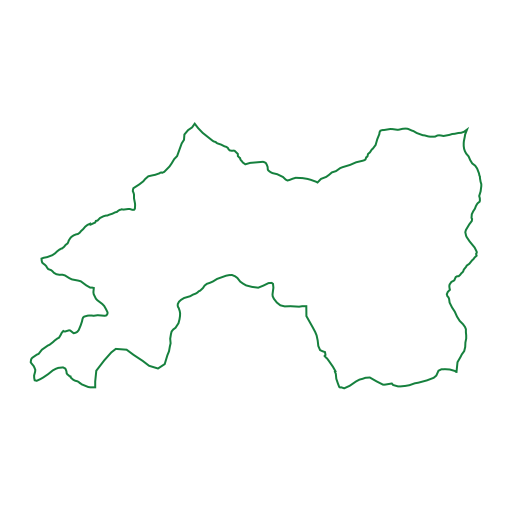 outline of Makambako Township Authority, Njombe, United Republic of Tanzania
{"feature_id": "72390352B34261430797900", "entity_name": "Makambako Township Authority", "entity_type": "district", "adm_level": 2, "iso_a3": "TZA", "parent_name": "United Republic of Tanzania", "parent_adm1": "Njombe", "projection": "mercator", "projection_center": [34.908, -8.902], "detail": "fine", "context": "isolated", "style": "outline", "palette": "green", "viewbox_px": 512, "rotation_deg": 0, "n_neighbors": 0, "source": "geoboundaries", "source_scale": "gbopen_adm2", "svg_char_len": 5985}
<svg xmlns="http://www.w3.org/2000/svg" viewBox="0 0 512 512"><path d="M194.7,123.7L192.1,127.4L188.1,130.1L184.4,134.5L184.0,139.8L181.7,143.4L177.1,156.1L174.2,159.1L171.7,163.3L169.5,166.5L164.2,171.9L162.1,172.8L160.5,172.2L160.7,172.4L159.5,173.3L155.2,174.8L152.2,175.4L148.3,176.3L145.2,179.0L143.3,181.3L139.3,184.4L133.4,188.2L133.0,189.5L132.8,191.1L133.6,193.0L134.0,194.6L134.0,198.3L135.0,203.5L135.1,205.2L134.9,208.6L134.3,209.6L134.0,209.8L132.3,209.8L129.8,209.0L128.2,209.0L123.5,209.6L121.5,209.3L120.8,209.7L119.6,209.9L117.8,211.1L116.8,212.0L115.2,212.3L112.4,213.7L109.2,214.7L107.4,215.5L105.7,215.6L103.4,216.3L100.0,218.0L97.5,220.6L95.9,220.9L95.2,222.5L90.4,224.7L89.4,224.3L89.5,224.0L87.5,224.9L85.2,226.7L83.1,229.2L81.2,230.9L79.6,232.8L77.9,234.0L76.0,234.4L73.6,235.4L71.4,236.9L70.4,238.0L68.7,240.6L68.5,241.5L67.6,243.4L65.6,244.9L64.1,246.8L62.0,248.5L61.4,248.5L60.0,249.4L59.7,249.4L57.2,251.3L55.0,253.4L52.3,255.2L47.2,257.1L43.6,257.8L41.5,258.6L41.7,260.8L42.2,262.6L43.4,263.7L44.8,264.7L46.3,266.2L46.9,267.4L48.2,269.1L51.0,270.1L52.3,271.1L53.9,272.8L56.3,274.2L59.5,274.8L62.3,274.7L64.9,275.4L69.4,278.2L71.9,279.4L78.2,280.6L80.8,281.3L86.3,285.4L90.2,287.6L92.2,287.6L93.8,288.0L93.4,292.2L93.7,294.2L95.9,298.7L97.3,300.2L102.3,304.0L104.2,306.0L105.9,309.0L107.4,312.0L107.6,312.9L107.3,314.1L106.4,315.4L104.8,315.8L97.7,315.2L93.6,315.8L91.5,315.5L90.2,315.5L87.9,315.6L84.2,316.6L83.1,317.5L82.5,319.0L82.0,321.4L80.7,325.3L78.7,330.1L77.3,331.8L76.1,332.5L74.7,333.0L73.6,333.2L70.2,330.5L69.1,330.3L65.1,331.5L63.9,331.4L63.3,331.0L62.4,332.0L61.5,333.2L60.7,334.9L59.0,337.7L57.4,338.5L54.7,340.5L53.0,342.1L49.5,344.8L47.9,345.5L41.9,349.7L38.6,353.9L36.9,354.6L32.5,357.6L31.6,358.5L31.1,359.6L30.7,362.2L31.3,363.2L33.7,366.1L34.5,367.8L35.3,369.9L35.1,371.8L34.1,375.5L34.2,378.0L34.7,380.3L36.7,380.8L40.2,379.2L43.2,377.5L48.2,374.1L52.8,370.4L55.8,368.8L58.2,367.9L63.0,367.4L65.2,368.5L65.6,369.1L66.4,371.2L66.7,373.4L67.5,374.5L68.5,375.2L69.7,376.4L70.5,376.4L71.0,377.8L73.3,379.8L75.1,380.7L77.4,381.3L78.7,382.0L79.8,383.1L80.2,383.1L81.6,384.3L88.2,387.0L90.2,387.3L95.2,387.3L95.2,381.5L96.3,370.7L104.3,360.3L111.3,352.4L115.8,348.9L126.6,349.7L133.6,354.9L142.7,360.9L149.1,365.8L158.0,368.5L164.7,364.1L167.4,355.2L169.0,351.3L169.9,346.3L170.6,343.3L170.2,338.7L171.0,333.9L171.6,331.5L173.2,329.5L175.5,327.8L178.5,323.2L179.5,319.3L180.0,316.1L180.1,313.3L179.7,311.0L178.7,308.0L178.0,306.9L177.7,305.6L177.8,304.0L179.0,301.7L181.1,299.8L184.1,298.0L190.2,296.2L193.0,294.6L195.7,293.6L197.5,292.5L198.7,291.3L200.1,290.7L201.4,289.5L202.9,288.1L204.6,285.6L206.9,283.8L209.7,282.9L212.9,281.5L217.1,278.9L226.1,275.7L229.2,275.1L232.0,275.0L235.1,276.3L237.4,278.0L240.2,281.6L243.0,283.6L246.1,285.4L252.0,286.9L258.2,287.7L263.4,285.6L268.5,283.1L271.7,282.9L273.0,283.9L273.4,287.7L272.5,294.4L272.7,296.3L273.9,298.8L276.8,302.5L280.3,305.3L284.7,306.4L290.5,306.2L299.1,306.7L302.2,306.2L306.3,306.2L306.4,316.1L312.8,327.5L315.2,332.0L316.6,335.4L317.7,340.6L318.3,346.0L320.1,350.1L322.4,351.2L325.0,352.1L325.5,355.0L324.6,356.0L325.9,357.5L327.1,358.5L329.0,361.1L332.9,366.7L335.5,371.3L334.9,371.7L335.8,373.8L336.3,378.8L337.9,383.5L339.2,386.9L340.1,387.5L341.1,387.3L344.2,388.3L349.7,385.8L356.1,381.4L359.5,379.6L362.6,378.8L365.4,377.8L369.8,377.5L376.6,381.4L383.1,384.7L384.6,384.7L391.8,383.5L393.1,385.0L398.0,386.4L400.5,386.4L405.5,385.9L409.4,385.2L414.8,383.3L418.3,382.7L426.9,380.4L433.7,377.8L436.3,375.6L438.5,370.7L441.4,369.3L445.3,369.2L449.8,369.5L455.0,371.0L455.9,371.8L456.5,371.9L457.5,362.2L460.6,356.8L461.8,354.4L464.2,351.1L465.2,347.0L465.4,342.5L466.2,338.5L466.2,335.4L465.9,332.3L465.9,329.2L465.0,327.0L463.0,324.2L459.7,320.9L457.0,316.6L454.8,311.7L452.0,307.4L449.6,302.6L449.1,299.0L448.5,297.4L447.4,296.2L446.8,294.2L447.8,291.9L449.9,289.8L449.5,288.0L449.3,286.0L449.6,284.5L451.4,281.9L453.0,281.1L454.3,280.3L455.7,277.1L457.0,276.3L458.7,276.2L460.3,274.7L461.3,273.3L462.7,272.1L463.4,270.9L463.8,269.6L466.1,266.8L466.7,265.6L469.3,263.8L472.2,260.2L473.4,259.2L474.6,257.5L476.6,255.7L476.1,253.9L476.6,253.0L476.8,252.1L476.3,250.9L474.6,247.5L469.6,241.4L466.7,237.1L466.1,235.8L465.3,232.2L465.9,230.0L469.3,224.3L471.8,221.0L472.1,219.0L471.5,217.9L471.8,214.2L473.2,211.3L474.9,208.7L475.9,206.1L476.9,204.3L477.7,203.2L479.6,201.7L479.9,200.5L479.8,198.2L479.2,196.0L480.6,191.4L481.3,186.1L481.3,184.1L480.6,181.8L480.0,178.4L479.9,176.5L479.4,175.5L479.0,173.4L477.1,168.5L475.2,165.7L472.2,163.4L470.2,160.1L468.6,156.4L466.2,153.6L464.9,151.2L464.1,148.8L463.7,146.0L463.7,143.0L463.9,141.0L464.8,136.6L465.1,134.6L467.0,129.6L464.0,131.8L461.1,132.8L458.3,133.0L454.7,133.8L452.2,134.0L449.4,134.9L443.5,136.0L441.0,135.5L439.1,135.3L437.4,135.5L435.1,136.6L432.8,136.7L430.4,136.7L428.2,136.4L424.6,135.4L422.7,135.2L416.7,133.0L413.5,131.1L411.9,130.6L408.3,129.0L407.1,128.7L405.3,128.6L402.6,128.8L398.8,129.7L397.5,129.8L392.5,129.1L390.3,129.0L384.2,130.0L382.3,130.1L381.6,130.3L380.4,130.7L379.6,132.1L379.3,134.2L377.3,139.1L375.6,145.0L372.8,148.7L371.8,149.5L369.9,152.4L368.1,153.9L367.7,155.2L367.5,156.3L367.1,156.8L366.2,157.3L365.5,159.4L364.6,160.1L362.8,160.7L356.1,162.3L350.1,164.9L342.5,167.2L340.2,168.1L336.0,171.1L331.9,172.4L329.1,174.8L326.2,176.9L321.0,178.9L317.5,182.5L316.0,181.7L310.7,179.8L307.4,178.9L302.5,178.1L295.7,177.8L292.7,178.7L289.7,179.9L287.5,180.5L285.7,179.6L283.0,177.0L277.2,174.2L272.5,173.1L271.0,172.4L269.6,171.5L268.2,170.3L267.8,169.5L267.6,166.9L266.8,164.8L265.9,163.1L264.6,162.3L263.0,161.8L250.1,162.9L245.3,164.3L242.8,162.5L241.7,161.0L241.1,160.5L240.4,159.5L240.1,158.1L239.6,157.8L237.9,156.1L237.8,153.9L234.6,150.8L233.4,150.6L232.0,150.8L229.7,150.4L228.5,149.2L227.9,148.0L226.4,146.9L224.4,146.3L221.1,144.6L217.5,143.4L216.5,142.9L215.7,142.0L214.1,141.6L212.8,140.9L202.7,132.9L198.2,128.2L194.7,123.7Z" fill="none" stroke="#15803d" stroke-width="2"/></svg>